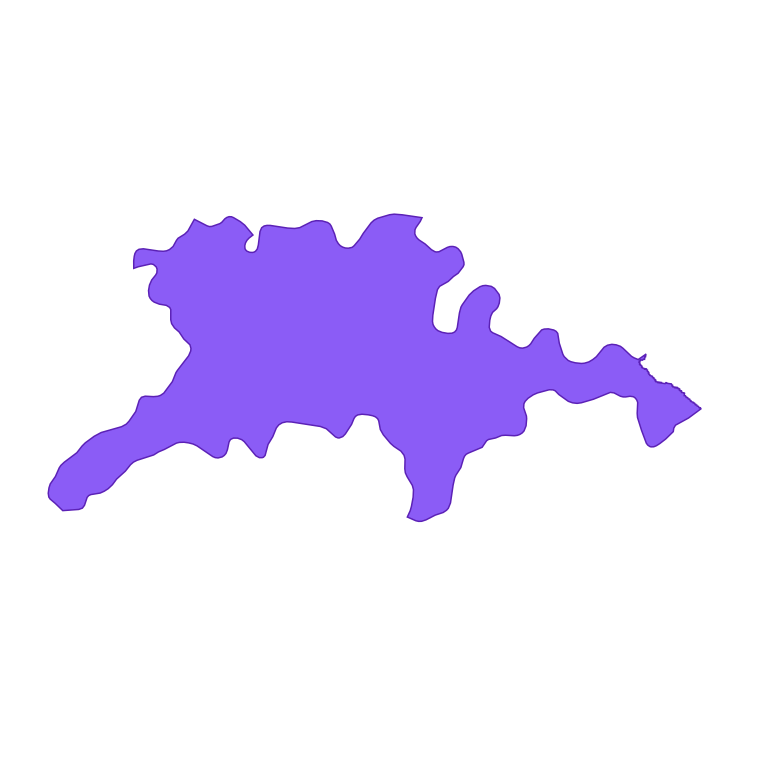 the district of San Cristóbal, San Cristóbal, Dominican Republic, rotated 278°
{"feature_id": "3306468B49798152350174", "entity_name": "San Cristóbal", "entity_type": "district", "adm_level": 2, "iso_a3": "DOM", "parent_name": "Dominican Republic", "parent_adm1": "San Cristóbal", "projection": "robinson", "projection_center": [-70.119, 18.417], "detail": "fine", "context": "isolated", "style": "filled", "palette": "violet", "viewbox_px": 768, "rotation_deg": 278, "n_neighbors": 0, "source": "geoboundaries", "source_scale": "gbopen_adm2", "svg_char_len": 6156}
<svg xmlns="http://www.w3.org/2000/svg" viewBox="0 0 768 768"><g transform="rotate(278 384 384)"><path d="M534.8,289.9L527.1,278.8L525.6,274.0L525.0,266.9L525.2,249.3L524.8,246.1L523.8,243.3L521.7,241.1L517.7,240.0L504.1,240.2L500.0,239.7L497.6,238.3L496.6,237.1L496.0,235.6L495.7,232.7L496.5,229.7L497.5,228.4L498.7,227.5L501.5,226.9L504.4,227.2L507.2,228.3L509.8,230.1L513.3,233.5L521.9,224.0L524.8,219.1L527.8,211.9L528.4,209.6L528.1,207.2L527.0,205.1L525.4,203.4L521.6,200.9L520.0,199.2L516.1,191.6L515.6,189.2L516.0,186.8L520.7,173.3L508.2,168.5L504.6,165.7L499.7,159.8L497.4,158.5L490.8,156.0L487.3,152.9L485.6,150.1L484.7,146.9L484.3,141.9L484.4,126.9L483.3,122.6L481.3,120.3L478.6,119.2L475.7,118.9L471.1,119.0L463.7,120.1L465.9,124.3L470.5,136.5L470.3,139.0L468.3,142.1L466.2,143.3L462.4,143.6L460.1,142.7L454.7,139.5L449.4,138.0L443.8,137.8L438.4,139.1L436.2,140.6L434.4,142.6L433.1,145.0L431.8,150.4L431.6,157.5L430.0,161.1L428.0,162.5L417.9,163.9L414.2,165.3L410.4,168.7L407.0,173.9L400.7,179.5L395.8,186.4L392.3,187.9L389.8,188.0L384.7,186.6L368.7,177.5L366.3,176.4L356.9,174.1L344.3,167.2L341.6,164.2L340.4,161.8L339.4,157.5L338.7,149.2L337.1,145.7L333.9,143.9L322.2,142.0L311.7,136.7L308.4,134.4L305.2,130.1L296.6,110.7L291.9,104.3L284.2,96.4L280.5,93.6L273.2,89.4L262.1,78.3L258.5,75.4L255.9,74.1L246.7,71.5L238.6,67.4L234.5,66.7L229.1,66.7L225.4,67.8L223.5,69.5L220.0,75.1L213.9,83.5L217.3,99.2L219.1,102.6L222.2,104.3L230.4,105.8L232.4,107.1L233.7,109.1L236.5,118.1L238.9,121.9L241.9,125.4L246.5,129.1L252.6,132.4L261.7,140.0L268.8,144.2L271.8,146.8L274.1,150.1L281.7,165.8L285.4,170.2L288.7,175.7L296.6,186.7L297.7,189.5L298.5,194.1L298.5,198.7L298.0,203.3L296.7,207.5L288.3,224.5L287.6,227.1L287.7,230.0L289.3,233.9L291.1,235.8L293.3,237.2L297.2,238.1L304.8,238.6L307.1,239.4L308.1,240.2L309.5,242.5L310.0,246.6L309.1,250.8L307.5,253.6L295.1,267.1L293.7,270.9L294.1,273.6L294.7,274.8L296.7,276.2L308.0,277.6L316.4,281.2L325.5,283.5L328.9,285.5L331.5,288.7L333.1,293.0L333.5,297.9L333.1,326.8L331.7,333.1L324.8,343.4L324.2,346.0L324.4,347.3L326.2,350.5L329.2,352.7L339.5,357.5L345.7,359.1L347.9,360.2L349.7,362.2L351.0,366.4L351.3,372.6L351.0,377.2L350.3,380.1L348.8,382.5L346.8,383.9L338.4,386.7L333.6,390.4L326.2,398.6L323.6,402.5L319.9,410.1L316.2,413.8L312.5,415.3L303.0,416.4L299.0,417.5L295.4,419.8L287.5,426.2L283.4,427.9L275.9,428.6L266.7,428.2L262.2,427.6L255.5,425.6L253.0,434.6L252.8,437.5L253.3,440.4L255.3,444.5L261.3,453.0L265.0,460.5L267.7,463.5L269.9,465.0L275.5,466.4L293.5,466.5L300.9,467.1L303.7,467.9L311.9,471.7L321.2,473.1L323.7,473.8L325.8,475.1L327.3,477.1L335.0,490.0L342.1,493.5L343.6,495.2L346.1,502.0L349.4,507.7L350.2,511.6L350.9,520.3L351.7,523.2L353.0,525.6L354.8,527.7L357.0,529.2L362.4,530.5L369.4,530.1L372.1,529.5L379.9,525.6L383.9,525.3L386.5,526.2L390.0,528.7L394.1,533.3L396.5,537.2L401.3,548.4L401.7,552.2L401.1,554.5L397.9,558.6L392.5,568.9L391.6,573.3L391.7,577.9L392.9,582.1L398.1,593.6L407.2,609.3L407.2,613.0L404.8,619.8L404.5,622.5L404.8,625.0L406.1,629.3L406.1,632.8L405.0,634.9L403.2,636.6L401.0,637.8L390.2,638.8L386.1,639.7L374.1,645.4L361.9,652.0L360.2,653.7L359.1,655.9L358.9,657.2L359.4,659.9L360.7,662.2L363.3,665.3L368.6,670.5L377.1,677.1L380.6,677.1L383.8,678.4L392.7,690.3L403.5,701.3L404.0,701.0L404.0,700.4L404.5,700.4L404.5,699.2L405.6,698.5L405.6,697.3L406.7,696.7L406.7,695.4L407.3,695.4L407.3,694.8L408.3,694.2L408.3,692.9L408.9,692.9L409.4,690.4L410.0,690.4L410.0,689.8L410.5,689.8L411.1,688.6L411.6,688.6L411.6,687.3L412.7,686.7L412.7,685.4L413.2,685.4L413.2,684.8L414.3,684.2L414.3,682.9L416.5,682.9L416.5,682.3L417.0,682.3L417.0,679.8L418.1,679.8L418.1,679.2L418.7,679.2L418.7,677.9L419.2,677.9L419.2,677.3L420.3,677.3L420.3,676.1L420.8,676.1L420.8,674.8L421.4,674.8L421.4,673.6L420.8,673.6L420.8,672.3L421.4,672.3L421.4,670.5L421.9,670.5L421.9,669.8L423.0,669.8L423.0,669.2L424.1,668.6L424.1,663.6L424.6,663.6L424.6,663.0L423.5,662.3L423.5,658.6L424.1,658.6L424.1,658.0L423.5,658.0L423.5,656.7L424.1,656.7L424.1,655.5L423.5,655.5L423.5,654.9L424.1,654.9L424.1,653.0L424.6,653.0L424.6,652.4L425.7,652.4L425.7,651.7L426.3,651.7L426.8,650.5L427.4,650.5L427.4,649.9L427.9,649.9L428.4,648.6L429.0,648.6L429.5,646.1L430.1,646.1L430.6,644.9L431.7,644.9L431.7,644.2L432.8,644.2L433.3,643.0L434.4,643.0L434.9,641.7L435.5,641.7L435.5,640.5L434.9,640.5L434.9,639.9L435.5,639.9L436.0,637.4L436.6,637.4L436.6,636.8L437.7,636.8L438.2,635.5L438.7,635.5L438.7,634.9L439.3,634.9L439.3,634.3L440.9,634.3L440.9,633.6L442.0,633.6L442.0,634.3L443.1,634.3L443.1,634.9L443.6,634.9L443.6,636.8L444.7,637.4L444.7,638.6L447.4,638.6L447.4,639.2L448.0,639.2L448.0,638.6L449.1,639.2L449.1,638.6L449.4,638.6L443.6,632.3L444.7,628.0L445.8,625.3L452.7,615.6L454.2,612.9L455.1,608.5L455.0,604.1L453.5,599.9L451.0,596.8L440.6,590.5L437.3,587.4L434.4,583.8L432.5,579.6L431.8,576.6L431.6,570.5L432.1,565.9L433.0,563.0L436.2,558.6L438.3,557.0L448.8,551.9L458.3,549.0L460.1,547.1L461.1,544.6L461.5,539.1L460.7,535.0L459.5,532.6L450.1,526.4L444.2,523.7L442.1,522.1L440.4,520.1L438.8,516.3L438.7,513.4L439.4,510.7L447.3,493.4L449.9,484.4L451.2,482.2L454.8,480.3L461.8,479.9L466.2,480.3L470.0,481.5L474.3,485.1L476.4,486.1L480.1,486.9L485.3,486.8L488.7,485.5L494.0,480.2L495.6,476.7L495.8,471.1L495.1,468.2L493.7,465.5L488.7,459.7L484.0,456.0L473.4,450.5L470.8,449.5L464.9,448.8L450.2,448.7L447.6,448.2L445.3,446.7L443.8,444.3L443.0,440.2L443.2,434.4L444.3,430.0L445.8,427.6L447.7,425.7L449.9,424.2L452.8,423.3L458.8,422.8L476.1,423.0L484.9,423.8L488.5,425.5L494.5,433.3L500.1,437.8L504.0,442.0L511.1,446.0L513.3,446.6L515.6,446.2L523.4,442.9L525.7,441.4L528.3,438.5L529.5,436.0L529.8,433.1L529.3,430.2L528.1,427.7L522.6,420.0L522.0,417.4L522.1,416.0L523.6,412.3L528.4,405.2L531.4,398.9L532.9,396.7L534.8,394.9L537.0,393.6L541.0,393.2L543.4,393.9L550.1,397.3L554.0,398.5L554.1,378.5L553.6,370.4L552.4,366.0L547.3,354.7L544.9,351.4L541.8,348.8L530.3,342.5L524.1,339.8L516.8,335.2L514.9,333.5L513.5,329.7L513.3,326.8L513.8,324.0L514.9,321.4L516.6,319.3L519.6,316.8L525.6,314.2L533.0,309.8L534.9,308.1L536.1,305.7L536.9,300.1L536.3,294.1L534.8,289.9Z" fill="#8b5cf6" stroke="#5b21b6" stroke-width="1.5"/></g></svg>